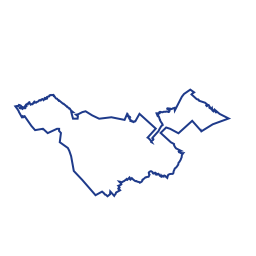 the district of Alaquines, San Luis Potosí, Mexico, rotated 159°
{"feature_id": "50627088B47370216611789", "entity_name": "Alaquines", "entity_type": "district", "adm_level": 2, "iso_a3": "MEX", "parent_name": "Mexico", "parent_adm1": "San Luis Potosí", "projection": "orthographic", "projection_center": [-99.627, 22.081], "detail": "fine", "context": "isolated", "style": "outline", "palette": "blue", "viewbox_px": 256, "rotation_deg": 159, "n_neighbors": 0, "source": "geoboundaries", "source_scale": "gbopen_adm2", "svg_char_len": 5706}
<svg xmlns="http://www.w3.org/2000/svg" viewBox="0 0 256 256"><g transform="rotate(159 128 128)"><path d="M182.4,76.9L175.0,77.9L174.6,77.1L174.0,76.3L174.0,75.7L173.6,75.1L173.4,74.2L172.6,73.6L171.6,71.6L168.5,72.6L167.3,75.1L165.2,69.6L164.2,70.4L163.2,70.9L162.3,72.0L162.0,72.1L157.7,72.7L157.9,73.2L158.2,73.2L158.5,73.6L158.8,74.8L157.4,75.3L157.6,75.8L157.2,75.9L157.2,76.5L157.7,77.5L154.9,77.6L154.4,77.8L154.7,79.8L155.2,80.5L155.4,81.1L154.1,80.3L153.3,79.5L153.0,79.5L151.3,79.9L150.8,79.8L147.7,80.8L147.7,80.4L147.8,80.1L147.3,79.8L144.3,81.3L144.1,80.5L144.4,80.3L144.3,80.0L144.5,79.4L144.2,78.9L142.4,79.8L142.0,79.0L142.0,78.7L140.6,76.3L139.6,75.4L139.1,75.4L138.9,75.0L138.2,74.3L137.0,73.6L136.6,72.7L136.1,72.7L134.5,73.0L134.0,73.4L133.6,73.6L133.2,74.3L132.9,74.3L132.8,74.6L131.0,75.0L129.6,75.6L128.8,75.6L128.5,75.4L127.7,75.5L126.3,75.1L125.6,75.7L124.6,76.8L124.9,77.3L124.9,77.6L124.6,78.9L123.7,79.4L122.3,79.5L121.7,79.2L120.9,78.0L121.0,76.9L120.7,76.4L118.7,76.6L118.5,76.4L118.7,76.1L118.8,76.1L118.8,75.6L118.6,75.7L118.3,75.6L118.2,75.4L117.5,74.9L117.9,74.2L117.5,74.1L117.6,74.3L117.2,74.2L117.0,74.3L117.1,74.5L116.7,74.2L116.0,74.3L115.4,72.7L115.4,72.0L114.8,71.6L114.4,70.8L114.1,70.8L114.3,70.9L114.0,71.4L113.8,70.5L113.2,70.7L112.7,70.3L112.7,70.5L112.3,70.5L112.2,70.7L111.7,70.4L111.1,70.6L110.2,69.7L110.1,69.0L109.6,67.9L109.4,67.8L109.2,67.4L108.1,68.9L107.2,69.9L105.6,70.0L104.5,69.8L102.8,69.2L102.3,69.3L101.7,69.8L101.4,70.3L101.2,70.8L100.5,71.7L99.7,72.4L99.3,73.0L98.4,73.6L97.5,73.8L97.0,74.0L95.5,74.9L95.0,75.4L94.3,75.7L93.5,77.1L93.2,77.5L92.1,78.0L90.1,79.6L89.3,80.6L88.5,81.3L87.5,83.2L87.2,83.6L85.5,84.7L86.3,84.9L86.6,85.3L87.7,85.7L88.0,86.3L88.3,86.6L88.8,86.8L89.3,87.6L89.8,87.7L88.8,88.0L86.7,87.7L90.5,91.8L90.6,92.5L90.8,92.8L91.2,95.2L91.0,95.5L91.0,96.3L90.8,96.6L93.1,99.3L99.3,111.7L92.2,114.8L89.0,112.2L82.8,105.0L65.5,111.7L61.0,99.7L60.8,99.8L60.7,98.6L47.5,101.1L30.6,100.8L37.3,108.2L37.4,108.3L39.3,111.8L39.8,111.0L40.4,111.2L40.4,112.1L40.5,112.7L40.4,113.1L40.1,113.1L40.6,114.2L42.2,112.9L42.7,113.7L42.4,114.2L42.7,115.0L42.5,116.4L43.4,115.7L43.5,116.0L43.0,116.4L42.6,116.6L42.9,116.6L43.5,116.3L43.8,116.9L44.2,116.9L44.4,117.2L44.1,117.3L44.4,117.8L44.0,117.9L44.5,120.5L45.4,120.5L45.8,120.3L46.6,120.2L46.9,121.1L46.5,121.4L45.6,121.5L47.0,124.0L51.8,127.9L52.1,128.6L51.9,128.7L52.1,129.4L53.5,130.3L55.1,133.5L56.7,136.6L55.6,137.1L53.5,137.6L56.1,141.5L63.5,139.7L66.5,137.9L78.0,127.6L77.4,130.1L78.2,130.1L78.8,130.3L79.8,130.1L81.2,130.2L81.0,130.4L81.7,131.0L82.9,131.6L83.4,131.7L83.7,132.1L84.2,132.2L84.5,131.9L84.2,131.5L83.7,131.5L83.2,130.9L83.3,130.3L83.1,129.1L83.6,128.6L84.1,128.3L84.5,128.4L84.8,128.6L85.1,129.1L85.5,129.4L86.6,129.7L86.8,129.6L87.5,129.8L88.6,130.3L89.3,130.4L89.7,130.3L90.4,130.4L92.3,131.6L92.7,131.6L93.3,131.4L93.3,130.5L93.9,130.6L94.9,129.9L95.1,130.8L95.3,131.2L95.7,131.4L96.1,131.5L96.0,128.3L95.7,128.1L95.3,128.2L95.1,127.1L95.3,124.8L95.1,124.5L95.1,124.2L95.3,123.9L95.1,122.1L94.5,119.7L94.5,118.4L95.4,118.3L96.0,117.8L96.7,117.6L97.2,117.1L99.0,115.7L100.6,114.2L108.8,110.0L108.9,109.9L108.6,109.5L108.3,108.4L108.8,107.9L109.8,107.8L110.5,107.5L111.0,106.7L110.9,106.1L111.4,106.7L111.2,107.1L111.2,107.5L111.8,109.8L112.2,110.4L112.5,111.3L113.1,112.0L102.3,117.5L112.2,137.1L118.8,131.6L119.6,131.9L120.5,131.5L121.0,132.3L121.3,132.1L123.0,133.6L122.4,134.0L123.0,134.7L123.4,136.2L122.6,136.7L123.2,137.3L122.5,137.9L123.7,138.8L123.1,139.3L123.1,139.5L123.8,140.1L123.4,141.2L123.6,141.6L128.3,136.8L139.7,144.0L151.6,147.0L156.9,152.6L161.6,158.8L164.9,159.2L169.4,158.7L171.7,159.0L170.5,157.0L171.7,154.8L176.0,156.4L175.3,163.0L173.6,162.4L174.9,164.7L175.4,166.9L175.8,167.1L175.7,167.4L175.9,167.7L176.3,168.1L176.6,168.7L177.2,169.2L177.1,169.5L177.1,169.9L177.8,170.6L178.2,171.4L178.4,171.9L178.9,172.6L179.4,173.7L179.7,173.7L180.1,174.2L182.2,178.0L182.6,177.9L182.8,178.0L182.9,179.1L183.4,179.4L183.7,180.7L184.4,181.1L184.8,181.8L185.5,184.8L185.9,184.7L185.9,185.7L188.4,186.3L188.4,186.5L189.4,186.6L189.7,186.5L190.1,185.9L190.7,185.7L191.0,185.9L192.5,186.0L192.7,185.8L192.7,185.5L192.9,185.2L192.9,184.6L193.2,184.4L193.6,184.5L194.1,185.4L194.8,185.9L195.1,185.8L195.2,185.7L195.3,185.3L195.1,184.9L195.2,184.6L196.1,184.7L196.9,184.3L197.3,185.5L197.5,185.7L198.8,185.6L199.1,185.5L199.4,185.0L199.5,185.0L199.8,185.0L200.6,185.7L201.0,185.7L201.8,185.2L202.9,184.9L203.8,185.0L204.8,184.6L205.2,184.9L205.6,185.3L205.8,186.2L206.0,186.2L206.3,186.0L206.5,185.4L206.7,185.1L206.9,185.1L207.1,185.3L207.3,185.4L207.7,185.2L207.9,184.8L208.7,184.4L209.6,184.7L209.8,185.0L210.5,184.8L210.6,185.5L211.1,186.1L210.8,186.8L210.8,187.0L211.0,187.0L211.0,187.4L211.3,187.4L212.4,186.8L212.8,186.3L213.0,186.6L213.4,186.7L214.1,186.2L214.7,186.4L215.1,186.2L215.2,185.9L215.2,185.5L214.8,185.1L214.8,184.9L214.9,184.7L215.2,184.6L215.5,184.7L215.8,185.3L216.1,185.4L216.5,185.2L216.7,184.8L216.6,183.9L216.7,183.4L217.1,183.3L217.3,183.4L217.8,184.3L218.4,184.9L218.8,184.0L219.6,183.6L220.0,184.3L220.1,185.4L221.0,184.7L221.9,185.3L222.0,185.6L221.7,185.7L220.4,185.3L220.0,185.4L219.8,185.8L220.0,187.2L221.0,188.3L221.5,188.6L222.0,187.9L222.3,187.7L223.3,188.1L223.6,188.0L223.6,188.3L225.4,188.6L224.6,185.8L224.0,183.0L224.1,182.4L223.2,176.0L222.5,176.0L222.4,176.7L222.2,176.8L222.0,176.4L221.8,176.3L221.8,175.8L221.1,176.1L221.0,175.9L220.7,176.1L220.3,176.1L217.4,164.4L215.5,159.3L207.9,157.8L207.9,157.4L207.4,157.3L204.8,152.0L194.5,152.7L192.6,151.9L193.4,150.0L192.4,147.4L196.8,139.2L191.3,130.9L191.0,127.6L191.2,122.1L194.0,107.3L189.3,95.9L182.4,76.9Z" fill="none" stroke="#1e3a8a" stroke-width="2"/></g></svg>